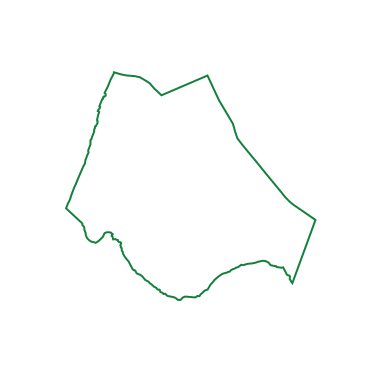 outline of La Dade-kotopon, Greater Accra, Ghana, rotated 128°
{"feature_id": "2480657B88791559733000", "entity_name": "La Dade-kotopon", "entity_type": "district", "adm_level": 2, "iso_a3": "GHA", "parent_name": "Ghana", "parent_adm1": "Greater Accra", "projection": "albers", "projection_center": [-0.148, 5.589], "detail": "fine", "context": "isolated", "style": "outline", "palette": "green", "viewbox_px": 384, "rotation_deg": 128, "n_neighbors": 0, "source": "geoboundaries", "source_scale": "gbopen_adm2", "svg_char_len": 2879}
<svg xmlns="http://www.w3.org/2000/svg" viewBox="0 0 384 384"><g transform="rotate(128 192 192)"><path d="M284.4,134.9L283.5,134.5L280.8,134.3L278.5,132.9L273.1,124.5L270.6,123.7L269.5,122.0L267.5,122.2L264.6,121.6L262.3,121.4L260.7,120.7L259.2,119.6L253.8,120.4L250.2,120.1L247.3,120.1L244.1,119.5L238.9,118.1L236.8,117.0L233.9,114.8L233.1,114.5L231.5,113.3L229.4,113.1L227.8,112.4L226.2,111.3L224.6,110.7L222.6,109.3L219.0,108.4L218.7,107.5L218.2,106.7L214.4,104.0L212.2,101.7L211.0,100.4L208.3,98.2L206.1,96.8L202.8,94.1L201.2,91.7L200.5,88.2L201.3,85.0L200.5,83.5L200.0,82.3L198.7,79.9L199.0,79.1L196.7,75.0L195.3,73.8L197.8,68.1L198.6,66.7L198.7,65.8L198.0,63.7L198.1,63.0L200.5,61.3L201.7,58.1L202.0,56.8L138.0,77.5L139.2,97.6L139.6,103.9L139.5,109.3L139.0,112.7L138.7,115.2L137.4,120.6L131.9,145.5L128.7,159.3L127.4,165.3L123.8,181.5L121.8,189.2L118.7,194.0L113.0,201.8L103.1,227.2L90.7,251.5L134.6,275.6L133.9,283.1L133.8,284.8L132.4,292.2L132.5,294.4L133.6,303.6L136.1,308.7L140.4,315.2L142.8,319.9L145.7,327.2L147.5,326.4L153.3,325.4L160.9,323.2L167.8,321.9L168.0,320.3L169.2,319.4L170.7,319.6L171.3,320.5L171.8,320.4L172.5,319.9L173.7,319.5L174.3,319.9L175.9,319.4L179.8,318.3L181.6,317.7L181.6,316.7L183.1,316.3L184.9,316.4L186.2,316.1L186.0,315.0L186.1,314.3L188.3,313.7L193.7,311.2L194.2,310.1L194.8,309.9L195.2,309.3L196.3,308.7L197.5,308.7L199.1,308.3L200.1,308.8L201.7,307.7L202.7,307.7L204.8,306.2L207.8,305.3L210.5,304.6L212.1,303.8L213.8,303.9L215.6,302.3L216.4,302.0L217.0,301.3L222.3,299.7L223.6,299.1L224.4,297.9L227.0,297.3L232.7,295.5L235.5,293.9L239.3,293.3L241.4,292.7L248.1,291.0L257.1,288.5L261.3,287.5L266.4,285.9L270.0,284.8L271.6,284.0L272.9,283.6L275.0,283.1L277.3,282.7L282.4,281.2L283.9,264.1L284.1,261.2L284.3,259.0L285.6,257.9L285.8,256.1L286.3,255.2L288.4,253.0L289.7,250.6L290.9,249.7L292.3,247.6L292.9,246.3L293.1,245.1L293.3,243.9L293.2,242.0L293.1,240.4L292.2,239.2L291.5,236.8L290.6,236.3L288.8,235.6L287.0,235.2L284.9,235.0L282.7,234.6L280.5,235.0L278.4,235.5L276.8,234.8L276.2,234.3L275.4,233.4L274.8,232.5L273.9,231.0L274.1,229.9L274.0,228.6L274.4,228.3L275.2,228.6L276.1,228.3L276.2,227.0L277.9,225.0L276.3,223.4L276.2,222.2L275.5,220.8L276.3,219.9L276.3,218.3L275.6,217.3L275.8,216.4L277.0,215.9L278.1,215.7L278.6,214.6L279.5,214.0L279.5,212.9L280.1,212.3L280.6,212.0L281.5,211.1L281.9,209.4L283.0,208.6L284.0,206.2L284.6,204.5L285.3,201.7L285.8,199.1L289.4,191.2L289.5,189.8L289.0,189.3L289.0,188.1L290.1,185.7L290.1,184.9L289.7,183.6L289.2,182.0L289.0,179.7L289.3,178.3L290.1,174.6L289.4,170.9L289.9,169.3L289.7,167.2L289.9,164.9L290.0,164.0L290.0,163.2L289.5,161.4L290.0,159.5L289.7,158.3L289.0,157.5L289.1,156.9L290.3,155.3L289.6,153.3L289.9,151.6L288.7,150.6L288.8,149.0L289.0,148.5L288.9,147.2L288.3,145.9L286.4,142.3L285.8,140.6L285.6,139.5L285.7,136.6L284.4,134.9Z" fill="none" stroke="#15803d" stroke-width="2"/></g></svg>